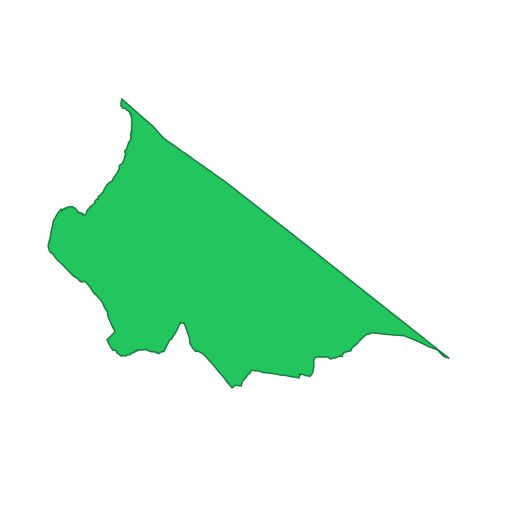 Longido, Arusha, United Republic of Tanzania (orthographic projection), rotated 9°
{"feature_id": "72390352B95731720096997", "entity_name": "Longido", "entity_type": "district", "adm_level": 2, "iso_a3": "TZA", "parent_name": "United Republic of Tanzania", "parent_adm1": "Arusha", "projection": "orthographic", "projection_center": [36.6, -2.642], "detail": "fine", "context": "isolated", "style": "filled", "palette": "green", "viewbox_px": 512, "rotation_deg": 9, "n_neighbors": 0, "source": "geoboundaries", "source_scale": "gbopen_adm2", "svg_char_len": 5968}
<svg xmlns="http://www.w3.org/2000/svg" viewBox="0 0 512 512"><g transform="rotate(9 256 256)"><path d="M317.5,369.6L317.2,369.2L317.2,368.9L318.2,367.3L318.2,366.8L318.1,366.7L317.3,366.0L317.2,365.8L317.3,365.8L320.7,365.7L321.6,365.8L323.0,366.2L325.5,366.4L326.9,366.2L328.4,366.3L330.0,362.9L330.2,362.0L330.4,359.7L330.4,356.1L329.4,350.5L329.6,348.4L330.1,347.2L332.2,346.2L333.3,345.9L336.9,345.5L337.6,345.3L338.9,345.3L339.8,345.1L340.4,344.9L342.2,344.6L342.9,344.7L344.8,345.7L345.6,346.0L346.8,345.7L347.9,345.0L349.5,344.4L351.3,343.6L354.0,342.1L357.0,341.5L357.0,340.0L357.3,338.6L357.5,338.0L361.0,336.2L362.7,335.5L364.2,335.0L364.6,334.7L365.0,332.6L366.1,330.5L366.5,330.0L368.5,328.2L369.1,327.4L370.2,325.7L370.5,324.9L372.0,323.0L373.5,320.6L374.7,319.5L375.6,318.1L377.7,316.1L378.8,315.9L380.6,315.1L381.2,314.6L381.4,313.8L399.7,312.8L405.5,312.4L408.0,312.1L414.9,311.6L425.3,314.0L431.9,315.7L432.0,315.9L434.5,316.5L441.3,318.7L443.9,319.1L448.0,319.9L450.3,320.6L453.5,323.3L457.3,325.9L462.9,326.9L451.4,320.6L447.5,318.3L445.9,317.5L435.8,311.8L434.7,311.0L422.4,304.3L414.6,299.8L412.6,298.8L406.6,295.3L398.4,290.8L318.6,245.8L318.7,245.7L302.0,236.3L292.6,231.2L288.4,228.7L284.6,226.7L283.0,225.7L212.9,186.9L208.4,184.9L205.4,183.3L201.6,181.6L198.9,179.9L193.9,177.7L191.6,176.4L186.9,174.1L185.4,173.5L183.9,172.6L182.3,172.0L177.1,169.2L169.6,165.5L167.0,164.5L161.1,161.3L152.1,157.0L146.6,154.2L142.1,150.7L133.8,143.9L121.7,136.4L99.0,122.0L98.7,126.4L99.2,128.3L99.1,128.9L100.1,129.8L101.3,130.7L101.8,130.8L103.3,130.6L103.8,130.6L104.4,131.0L105.6,132.2L107.0,132.4L107.4,132.9L108.9,133.5L109.1,134.1L108.8,134.6L108.9,134.9L109.2,135.1L110.2,135.2L110.5,135.4L110.3,136.5L111.1,138.1L111.4,139.3L112.0,140.6L112.1,141.5L112.6,143.4L112.9,148.4L113.2,149.3L113.8,150.6L113.8,151.2L113.4,151.6L113.1,152.2L113.2,152.8L113.6,153.4L114.0,153.5L114.0,154.2L113.8,154.4L113.6,154.1L113.1,154.5L113.1,154.9L113.3,156.0L113.2,156.6L113.2,156.8L114.1,157.3L114.3,157.6L114.3,157.8L113.8,158.7L113.7,159.3L114.2,160.4L113.2,162.4L113.2,162.7L113.4,163.1L113.1,163.5L112.7,163.7L112.2,164.3L112.6,165.5L112.2,166.2L112.2,166.7L111.7,167.7L111.7,169.4L111.6,170.3L110.9,171.5L110.1,172.4L109.8,172.9L110.4,174.3L111.1,174.9L111.3,175.3L111.3,175.9L110.7,178.4L110.8,179.4L110.4,182.8L109.2,186.1L107.6,187.2L107.2,187.6L107.0,188.1L106.9,188.7L107.1,191.3L106.8,193.0L106.2,194.9L102.7,201.9L102.5,203.9L102.1,204.6L100.2,206.0L98.9,207.3L98.3,208.1L97.4,209.5L95.2,215.4L95.2,216.2L94.9,217.0L93.8,218.2L93.5,218.8L92.2,220.6L91.2,221.7L90.9,222.6L91.3,224.3L91.3,224.6L91.0,224.8L90.2,224.7L89.7,224.9L89.3,225.5L88.7,226.5L88.3,227.5L88.5,229.1L85.9,231.8L85.7,232.0L85.1,232.8L84.5,233.4L83.9,234.4L83.9,234.7L83.4,235.8L82.5,236.6L81.8,238.6L81.7,240.3L81.7,241.3L81.6,241.6L81.1,242.0L79.2,242.6L79.2,242.3L79.1,242.0L78.9,242.0L78.7,242.0L78.5,241.8L78.3,242.2L78.2,242.3L78.1,242.2L78.2,241.4L77.7,241.0L77.2,241.0L76.1,240.8L75.6,240.8L75.1,240.7L74.0,241.1L73.7,241.2L73.3,240.8L73.6,240.3L73.4,240.0L73.1,239.9L72.9,240.1L72.7,240.1L72.4,239.2L72.1,238.9L70.8,237.9L69.6,237.2L68.0,236.4L67.5,236.0L66.5,236.0L65.3,236.4L64.0,236.6L62.9,237.1L62.4,237.2L61.8,237.5L60.6,238.5L60.3,239.2L60.1,239.3L59.7,238.8L57.8,240.4L57.4,241.0L57.1,242.0L57.0,241.8L56.8,240.8L56.6,240.4L56.3,240.2L54.0,243.9L52.4,247.5L51.5,250.4L50.7,251.9L50.5,252.4L50.3,253.3L50.4,256.6L49.8,264.2L49.9,269.8L49.1,276.8L49.2,278.5L49.3,279.1L50.2,281.4L51.5,283.6L52.7,284.9L54.4,285.3L54.8,285.5L56.2,286.7L56.6,287.4L57.5,288.4L61.0,291.5L64.8,293.8L79.0,304.5L79.4,304.7L79.8,304.5L80.9,305.2L83.6,306.3L84.1,306.6L84.8,307.7L85.7,307.9L86.4,308.5L87.6,309.0L88.2,309.0L88.7,308.7L89.0,308.1L89.4,308.1L90.1,308.3L90.5,308.1L91.3,308.2L92.1,308.5L93.3,309.7L94.2,310.1L96.4,312.2L97.5,313.4L98.5,314.5L99.7,315.9L101.2,317.5L102.2,318.3L104.6,319.9L108.2,322.7L111.6,326.0L114.8,330.9L116.1,332.4L118.2,334.6L118.5,336.7L119.4,339.0L122.1,343.2L123.2,345.3L126.5,349.8L126.4,349.8L127.9,351.5L128.3,352.1L128.3,353.0L128.0,353.9L126.6,355.8L122.0,362.0L125.2,366.8L127.3,369.4L129.5,371.5L129.9,371.1L130.4,371.2L131.3,371.1L131.9,371.3L132.8,371.8L133.6,372.6L133.8,373.4L134.0,373.7L135.6,374.2L136.0,374.1L137.4,375.4L138.6,375.8L138.9,376.0L139.3,375.3L140.0,374.9L140.7,375.2L142.1,375.1L142.7,375.4L144.1,374.0L145.0,373.8L145.4,373.5L146.0,373.4L146.6,373.1L147.1,373.1L147.4,372.8L147.4,372.5L147.7,372.3L147.8,371.8L148.8,371.1L150.1,370.7L150.6,370.0L150.9,370.1L151.2,369.7L151.3,369.2L151.5,369.2L151.9,368.9L152.0,369.0L152.3,368.7L152.4,368.8L152.5,368.7L152.4,368.5L152.6,368.4L153.1,368.4L153.2,368.1L153.7,368.0L153.9,367.9L153.7,367.3L153.9,367.3L154.4,367.5L154.5,367.4L154.4,366.9L154.6,366.8L155.1,367.0L155.3,366.9L155.9,367.0L156.7,366.7L157.3,366.9L157.5,366.6L157.8,366.6L158.2,366.3L159.6,366.3L161.4,365.6L162.0,365.7L162.2,366.0L162.9,365.9L163.8,366.2L165.0,366.4L165.8,366.6L167.6,366.9L169.2,366.5L169.6,366.8L170.3,366.7L170.9,366.4L171.7,366.6L172.2,367.0L173.3,367.4L175.1,367.6L176.4,366.5L177.4,365.4L178.0,365.0L178.6,365.3L178.9,365.0L179.7,364.7L180.0,364.7L182.3,357.3L184.1,352.1L185.0,351.9L185.8,350.2L186.0,350.0L188.6,344.2L190.0,339.8L190.2,338.6L191.9,333.6L194.0,333.9L195.8,333.6L196.0,334.3L201.6,344.5L203.4,348.1L204.2,352.2L207.3,356.3L211.2,359.7L213.6,359.1L218.5,360.7L221.5,362.7L228.1,368.1L232.9,372.1L237.2,376.0L244.8,382.4L245.2,383.1L245.9,383.6L247.2,385.1L249.2,386.6L253.0,390.0L254.0,389.1L254.6,387.8L255.1,387.3L256.3,387.1L257.2,386.8L258.0,386.6L258.6,386.6L259.1,386.8L260.1,386.8L261.8,386.6L261.8,385.6L262.0,383.3L262.3,382.4L262.6,381.8L262.6,381.1L265.4,377.2L266.4,374.6L267.4,373.8L268.6,372.0L268.9,370.4L269.2,369.8L270.2,369.5L273.2,369.5L274.5,369.2L277.7,369.3L278.8,369.6L280.3,369.7L281.1,370.0L286.5,369.6L290.6,369.5L296.5,369.5L298.3,369.8L302.0,369.6L304.0,369.3L307.6,369.6L317.5,369.6Z" fill="#22c55e" stroke="#15803d" stroke-width="1.5"/></g></svg>